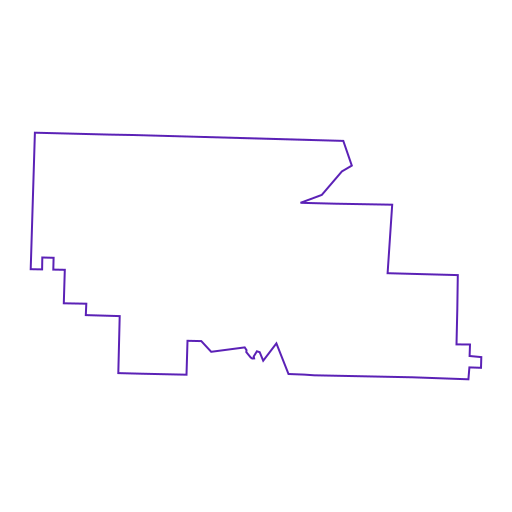 Franklin, Arkansas, United States of America (Albers equal-area conic projection), rotated 270°
{"feature_id": "52423323B69712686179193", "entity_name": "Franklin", "entity_type": "district", "adm_level": 2, "iso_a3": "USA", "parent_name": "United States of America", "parent_adm1": "Arkansas", "projection": "albers", "projection_center": [-93.962, 35.487], "detail": "fine", "context": "isolated", "style": "outline", "palette": "violet", "viewbox_px": 512, "rotation_deg": 270, "n_neighbors": 0, "source": "geoboundaries", "source_scale": "gbopen_adm2", "svg_char_len": 779}
<svg xmlns="http://www.w3.org/2000/svg" viewBox="0 0 512 512"><g transform="rotate(270 256 256)"><path d="M242.6,42.1L254.5,42.3L254.2,53.6L242.4,53.3L242.2,64.8L208.7,63.8L208.3,86.3L196.9,85.8L195.9,119.7L138.9,118.3L138.3,141.1L137.3,186.5L171.2,187.5L170.9,201.3L160.2,211.2L164.6,244.7L161.9,246.5L159.9,246.3L154.5,250.7L153.5,252.2L153.6,254.1L155.5,253.7L160.7,256.9L159.8,259.7L151.3,263.2L168.6,276.4L138.0,288.5L137.4,304.2L136.7,314.3L134.7,412.7L132.7,468.4L144.6,469.4L144.2,481.0L154.9,481.3L156.0,469.6L167.5,470.0L167.6,456.5L202.7,457.3L236.9,457.8L238.8,387.6L307.3,392.2L308.3,335.5L309.2,300.5L317.1,321.8L340.6,341.9L346.4,351.8L371.1,343.3L377.0,132.2L377.4,109.6L379.3,34.9L242.8,30.7L242.6,42.1Z" fill="none" stroke="#5b21b6" stroke-width="2"/></g></svg>